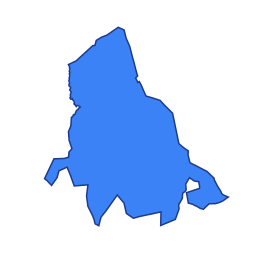 the district of Kunchi, Kano, Nigeria, rotated 352°
{"feature_id": "59680162B19874744513454", "entity_name": "Kunchi", "entity_type": "district", "adm_level": 2, "iso_a3": "NGA", "parent_name": "Nigeria", "parent_adm1": "Kano", "projection": "equal_earth", "projection_center": [8.25, 12.468], "detail": "fine", "context": "isolated", "style": "filled", "palette": "blue", "viewbox_px": 256, "rotation_deg": 352, "n_neighbors": 0, "source": "geoboundaries", "source_scale": "gbopen_adm2", "svg_char_len": 3013}
<svg xmlns="http://www.w3.org/2000/svg" viewBox="0 0 256 256"><g transform="rotate(352 128 128)"><path d="M217.7,210.3L214.6,208.5L212.9,207.4L211.7,206.0L211.1,203.6L208.7,198.3L208.0,196.5L206.2,191.1L206.3,189.8L200.1,181.9L185.4,171.6L184.5,170.9L183.7,163.0L184.5,159.1L180.4,155.3L180.3,155.2L176.2,150.6L174.2,119.6L169.1,112.8L168.9,112.7L163.6,105.1L159.9,103.3L155.3,101.1L150.2,98.8L148.3,92.0L147.1,87.5L145.7,83.6L144.1,84.3L143.6,82.6L142.5,79.6L143.2,79.0L144.3,78.2L144.8,77.7L144.5,76.2L143.8,70.9L143.2,65.1L142.3,58.4L142.0,55.8L141.1,47.6L138.6,38.6L137.8,30.4L132.4,26.9L120.0,33.1L114.4,34.4L108.8,36.8L106.8,41.5L104.5,41.6L86.0,54.3L77.8,56.9L78.0,57.7L78.4,58.2L78.6,58.7L78.6,59.6L78.4,60.6L78.6,61.4L78.3,62.2L77.7,63.9L78.1,64.5L78.2,65.2L77.5,65.8L77.5,66.7L77.5,67.6L77.5,68.2L77.1,69.2L77.0,70.0L76.6,70.4L76.8,71.1L76.4,72.2L76.0,73.0L76.1,73.6L76.3,74.5L76.2,75.2L76.2,76.0L76.1,76.4L75.8,76.5L75.6,76.7L75.5,77.1L75.5,77.6L75.6,78.0L75.7,78.5L76.0,78.8L76.3,79.0L76.6,79.4L76.7,79.8L76.8,80.2L76.6,80.6L76.4,81.1L76.1,81.4L75.8,81.7L75.7,82.1L75.7,82.5L75.9,83.0L76.2,83.5L76.5,83.8L76.7,84.2L76.6,84.7L76.4,85.2L76.2,85.5L75.9,85.9L75.8,86.5L75.6,87.1L75.4,87.7L75.5,88.5L75.5,89.0L75.3,89.3L75.0,89.6L74.8,90.0L74.9,90.4L75.0,90.8L75.2,91.4L75.4,91.5L75.7,91.6L76.0,91.5L76.3,91.2L76.6,91.0L76.9,91.1L76.9,91.5L77.1,92.0L77.3,92.5L77.5,93.0L77.7,93.4L78.0,93.7L78.2,94.1L78.4,94.6L78.4,95.1L78.3,95.6L78.2,96.1L77.8,96.6L78.0,96.9L78.3,97.1L78.6,97.4L79.0,97.6L79.0,98.3L79.4,98.9L79.8,99.6L80.3,99.1L80.7,98.7L81.3,98.6L81.8,98.8L82.3,99.3L83.2,100.0L83.6,100.7L82.4,101.2L81.9,101.5L81.5,101.8L81.4,102.1L81.3,102.7L81.0,102.9L80.7,103.0L79.9,103.2L79.4,103.6L78.8,104.5L78.3,105.2L77.9,106.2L77.3,107.1L77.0,107.3L76.1,107.1L75.6,107.7L75.2,108.4L74.7,108.8L74.5,109.2L74.0,109.4L73.6,109.5L73.3,110.0L73.2,110.8L71.7,118.0L68.5,123.4L68.0,132.4L69.6,140.6L66.2,143.6L65.1,148.8L64.6,148.6L60.6,149.3L50.4,148.2L38.3,166.6L40.6,168.9L41.4,170.2L44.3,174.2L50.8,167.4L53.7,160.8L57.5,159.7L62.2,158.3L62.6,159.8L64.4,166.8L66.7,177.9L80.4,178.7L77.5,189.5L77.4,199.9L80.8,210.1L81.2,212.0L81.7,214.2L81.9,217.2L82.3,218.5L85.5,220.7L88.8,212.6L94.5,207.2L108.0,192.9L113.6,201.8L114.5,212.4L120.8,218.1L127.6,217.2L127.8,217.2L149.0,215.7L146.8,229.1L162.1,225.1L163.9,221.8L167.3,215.2L167.5,211.1L172.1,205.1L172.7,201.6L173.4,199.9L175.6,198.9L176.3,198.2L177.0,197.3L177.1,195.9L177.4,191.4L182.0,185.8L185.9,189.4L186.9,190.0L188.8,190.5L189.3,190.6L189.6,190.8L190.5,190.8L190.6,191.3L190.6,192.1L190.6,193.1L190.6,193.6L190.7,193.9L190.7,194.3L190.8,194.6L190.8,194.9L190.8,195.4L190.7,196.1L190.6,196.7L190.6,197.0L190.5,197.3L190.5,197.6L190.4,197.7L190.1,197.8L189.8,197.9L189.7,197.9L189.4,198.0L188.8,198.0L181.8,199.3L176.9,200.2L177.3,210.8L181.4,212.5L183.3,214.0L185.6,215.4L188.4,217.7L190.6,218.6L191.3,219.0L197.9,214.3L200.0,214.6L202.2,214.8L204.2,215.1L208.7,214.4L212.0,213.3L217.7,210.3Z" fill="#3b82f6" stroke="#1e3a8a" stroke-width="1.5"/></g></svg>